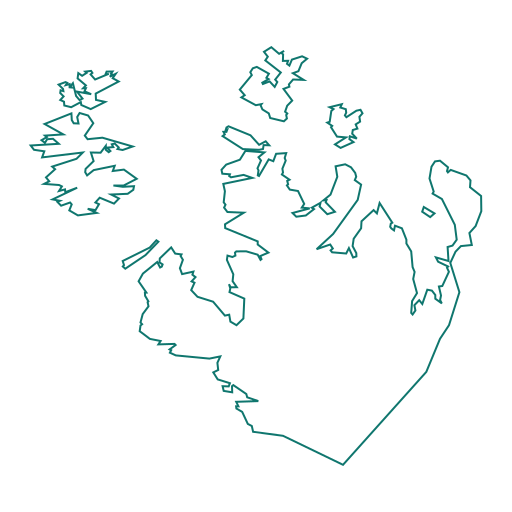 Måsøy nor, Finnmark, Norway
{"feature_id": "86288312B81169350398117", "entity_name": "Måsøy nor", "entity_type": "district", "adm_level": 2, "iso_a3": "NOR", "parent_name": "Norway", "parent_adm1": "Finnmark", "projection": "albers", "projection_center": [24.684, 70.867], "detail": "fine", "context": "isolated", "style": "outline", "palette": "teal", "viewbox_px": 512, "rotation_deg": 0, "n_neighbors": 0, "source": "geoboundaries", "source_scale": "gbopen_adm2", "svg_char_len": 5951}
<svg xmlns="http://www.w3.org/2000/svg" viewBox="0 0 512 512"><path d="M481.1,196.0L470.0,187.2L470.5,180.4L466.4,175.5L450.7,169.9L447.9,172.4L447.0,171.1L448.0,167.3L440.0,160.7L435.0,161.4L431.5,166.7L429.5,178.5L433.7,191.6L432.6,193.6L441.9,199.0L454.8,224.8L456.7,239.7L452.5,245.6L447.6,247.0L448.5,261.0L435.9,257.4L438.1,261.7L448.1,266.5L447.0,267.7L448.9,271.8L442.3,286.0L438.9,286.5L441.0,295.5L440.1,300.0L441.8,303.4L435.3,298.7L435.3,295.0L431.9,290.6L427.3,289.7L422.3,304.0L419.2,300.2L414.4,305.2L415.4,310.5L412.6,314.5L411.2,312.9L412.1,301.1L417.0,293.1L413.2,279.0L414.6,271.9L412.6,267.1L411.2,251.4L406.4,243.5L406.4,239.7L401.9,228.3L395.0,225.7L394.0,230.4L391.3,228.4L390.2,226.8L390.8,223.6L392.3,222.7L379.6,203.0L376.9,213.4L373.6,210.1L361.5,221.3L361.1,228.3L353.7,238.7L352.6,246.1L356.3,253.1L356.4,256.4L353.1,257.5L348.9,248.1L346.2,253.5L332.1,252.3L330.6,250.4L332.8,248.5L330.2,244.5L316.6,249.2L333.1,234.0L357.7,199.9L361.1,184.6L354.8,180.1L356.2,176.7L355.2,172.9L351.0,167.3L345.2,164.3L335.6,166.3L337.3,176.8L330.5,194.6L323.4,200.4L326.5,200.1L325.7,202.3L334.9,211.8L327.3,214.2L319.6,206.5L320.5,202.8L311.8,207.7L314.0,209.1L305.8,215.5L296.3,216.7L292.5,213.0L309.7,208.4L301.8,207.6L304.2,203.9L298.0,191.0L289.8,189.6L286.9,185.4L288.1,184.3L287.2,180.9L289.5,179.7L281.9,174.5L283.0,172.5L282.4,168.7L285.7,160.6L284.7,158.0L286.2,153.1L276.1,153.8L273.3,161.2L268.7,159.4L259.0,176.0L257.8,175.4L258.5,170.4L257.5,168.3L261.0,160.5L258.5,157.2L264.4,152.4L245.4,150.9L239.9,159.7L226.2,164.6L221.5,169.8L222.3,173.7L229.9,174.3L229.2,176.0L231.0,177.3L243.6,174.9L252.3,177.9L223.3,183.9L224.9,191.2L223.7,202.3L225.5,204.7L224.1,207.6L227.4,212.0L243.8,212.7L225.0,224.3L225.2,228.1L257.7,241.4L257.7,244.5L268.4,252.6L260.2,256.1L261.5,259.1L260.5,259.9L257.7,254.7L246.1,251.3L236.3,251.4L235.0,252.6L235.4,255.6L232.4,257.0L227.5,255.6L226.9,259.9L233.3,274.3L232.6,281.2L236.8,287.2L230.6,287.3L229.0,284.2L230.3,288.4L229.5,292.1L244.3,298.6L243.4,318.5L236.5,325.2L230.4,321.6L229.2,314.7L224.9,315.6L213.1,301.7L197.5,296.8L191.2,290.1L194.5,282.7L191.6,281.4L195.5,277.1L192.4,274.7L193.4,271.6L182.1,274.1L179.9,268.2L182.9,259.8L180.6,256.0L181.5,254.4L175.2,253.6L171.2,247.4L159.8,258.4L159.5,262.4L162.6,264.4L161.8,266.6L160.1,267.5L157.2,262.0L142.9,273.6L138.6,281.3L146.4,292.6L144.9,292.7L145.1,295.8L148.4,301.4L147.6,302.2L148.5,306.3L142.7,314.1L140.5,322.5L142.1,324.2L140.5,325.5L139.7,331.2L149.9,338.9L160.6,341.0L158.4,344.4L174.5,343.9L175.6,345.0L169.6,349.4L171.2,350.2L169.9,352.7L175.8,355.4L209.4,358.6L220.3,356.4L217.4,362.8L218.2,370.0L213.3,372.4L217.7,379.4L229.9,383.2L228.7,386.4L222.6,386.2L223.7,390.9L232.2,392.3L232.0,386.2L233.3,385.1L246.3,394.0L247.2,397.3L258.3,401.1L236.2,401.8L238.4,406.3L236.1,406.3L236.4,408.5L242.2,411.9L247.8,423.9L251.8,426.0L253.1,431.8L283.0,435.8L343.0,464.8L426.3,371.9L440.0,338.8L449.0,325.2L459.4,292.2L450.3,262.9L455.5,251.7L460.9,246.1L471.8,245.0L469.4,233.0L475.6,226.1L481.3,211.2L481.1,196.0ZM88.1,115.5L79.6,113.0L77.2,117.0L78.5,123.5L73.7,123.3L71.8,120.1L71.4,113.4L44.6,124.0L63.3,134.4L45.0,135.6L46.8,137.1L41.5,140.2L44.9,142.8L47.2,139.2L53.0,138.8L58.8,143.8L30.7,145.5L34.0,149.8L44.3,151.3L42.1,157.4L82.8,152.5L76.5,158.8L52.2,166.6L55.1,169.2L46.0,177.4L49.2,181.3L44.1,183.9L59.0,185.0L61.9,186.4L59.0,191.0L65.0,189.4L65.3,192.2L77.2,187.7L52.6,199.4L59.9,200.8L57.4,201.9L61.1,205.7L70.1,202.5L71.7,204.4L69.3,210.4L77.9,215.4L96.7,212.9L87.7,208.8L95.5,210.1L99.0,204.2L95.4,202.5L99.7,197.7L114.0,203.6L119.0,198.5L111.1,194.5L127.7,193.8L133.3,189.8L134.0,186.2L122.9,186.8L113.4,185.5L123.7,185.5L136.7,178.8L123.9,169.6L112.8,171.0L114.7,165.8L93.7,170.1L87.1,175.4L85.2,172.2L85.6,168.9L93.6,161.1L90.9,152.5L100.6,152.7L105.8,145.8L105.8,149.8L108.7,152.2L110.4,151.0L107.1,147.6L113.3,147.1L111.8,144.3L114.7,143.5L118.7,147.4L117.5,149.0L122.6,150.0L132.7,146.5L102.4,137.7L87.6,139.2L84.8,135.6L93.3,123.2L88.1,115.5ZM279.1,53.8L271.3,47.2L264.0,51.8L267.8,56.7L265.3,60.4L280.8,72.5L275.2,79.6L277.3,82.0L274.7,86.9L269.6,81.4L262.9,84.0L262.3,82.7L268.6,79.1L266.4,77.8L268.9,73.7L256.8,66.9L252.8,68.3L250.3,72.2L251.8,75.1L239.8,89.6L244.7,95.2L241.4,97.4L255.8,105.2L261.5,104.1L260.6,105.3L262.4,109.4L268.8,113.4L270.2,118.0L283.9,121.3L286.9,118.5L286.2,115.0L287.3,113.5L285.1,111.7L287.2,105.7L292.2,100.6L283.5,88.9L289.4,86.7L288.9,84.4L293.1,79.5L303.7,79.9L292.9,73.2L298.4,71.2L301.7,63.2L307.1,58.7L302.1,56.3L291.9,59.6L289.4,65.6L287.0,63.8L288.1,60.8L282.9,60.9L283.1,54.4L281.2,52.8L284.1,50.9L279.1,53.8ZM111.0,73.6L112.5,71.5L106.6,71.6L105.4,74.6L108.8,73.8L95.1,79.5L90.6,74.4L92.4,72.9L91.1,70.9L85.2,71.6L86.6,72.9L82.1,75.8L78.3,73.1L77.6,78.4L85.9,85.4L83.1,88.3L85.9,88.2L84.5,91.3L91.2,94.2L77.0,91.6L82.5,98.6L79.6,100.1L76.1,96.0L72.9,83.2L70.6,86.1L71.7,87.5L69.6,87.3L69.6,84.1L65.8,85.1L67.3,82.9L65.5,82.1L58.6,84.6L63.0,88.9L63.4,91.1L60.6,90.3L60.2,93.0L63.6,96.4L60.3,100.0L64.0,101.7L64.3,105.5L71.2,107.2L80.8,102.1L81.3,105.0L90.7,109.1L105.2,101.9L96.0,99.9L95.7,93.6L118.7,81.5L112.7,78.2L115.7,73.8L109.9,76.7L111.9,74.2L111.0,73.6ZM341.8,104.2L329.6,107.2L333.5,109.1L331.3,111.0L329.7,121.8L327.3,122.6L332.2,125.9L331.0,127.2L337.0,136.6L346.0,137.4L335.0,144.4L340.6,147.9L353.5,142.1L349.4,139.1L349.9,136.3L356.8,138.6L352.2,133.7L352.8,130.0L357.4,128.6L355.7,124.4L360.1,121.6L359.4,116.8L362.5,113.3L360.5,109.8L356.4,110.7L346.4,117.2L344.9,115.4L346.2,112.7L345.8,109.2L340.3,107.5L341.8,104.2ZM250.5,135.3L228.5,126.3L226.5,127.5L225.7,130.0L227.3,129.5L226.4,131.9L223.5,131.9L224.8,134.4L222.6,136.1L242.9,149.1L259.2,149.8L263.0,149.0L263.6,145.1L269.2,145.3L265.7,141.3L259.1,144.8L250.5,135.3ZM125.3,268.7L145.5,255.1L158.4,241.7L156.4,240.3L149.7,247.6L122.7,261.0L124.0,265.1L122.8,266.5L125.3,268.7ZM434.5,213.4L423.8,207.0L422.2,211.7L430.2,217.1L434.5,213.4Z" fill="none" stroke="#0f766e" stroke-width="2"/></svg>